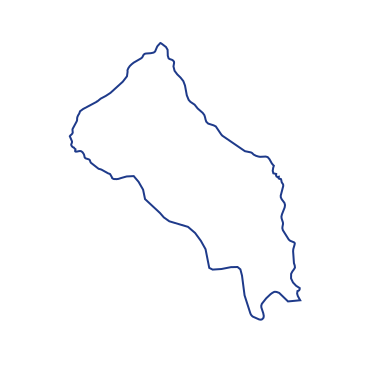 outline of Lusaka, rotated 242°
{"feature_id": "ZMB-520", "entity_name": "Lusaka", "entity_type": "Province", "adm_level": 1, "iso_a3": "ZMB", "parent_name": "Zambia", "parent_adm1": "", "projection": "natural_earth1", "projection_center": [29.259, -15.303], "detail": "fine", "context": "isolated", "style": "outline", "palette": "blue", "viewbox_px": 384, "rotation_deg": 242, "n_neighbors": 0, "source": "natural_earth", "source_scale": "10m", "svg_char_len": 2952}
<svg xmlns="http://www.w3.org/2000/svg" viewBox="0 0 384 384"><g transform="rotate(242 192 192)"><path d="M294.0,236.4L289.3,235.8L279.8,232.8L274.9,232.3L272.4,232.9L267.9,235.3L263.1,236.2L256.8,238.6L254.1,239.0L251.9,238.6L249.7,238.0L247.4,237.6L244.8,238.4L240.7,242.4L238.7,243.8L229.2,244.8L227.5,245.2L203.2,257.9L199.3,262.6L198.3,263.3L196.1,264.0L193.9,265.5L192.2,267.2L191.1,268.6L188.7,273.7L187.3,275.2L184.7,275.8L179.7,275.9L177.3,276.4L176.8,276.6L175.2,275.0L172.8,273.2L170.3,272.6L168.4,274.8L167.2,274.0L166.0,273.9L165.1,274.5L164.7,275.8L163.4,274.9L162.6,275.3L162.2,276.1L161.6,276.6L160.6,276.4L158.9,275.9L158.2,275.8L156.2,276.0L155.6,275.9L154.5,275.4L147.1,268.6L145.6,267.9L143.4,267.8L139.0,268.5L136.8,268.0L134.9,266.6L130.1,261.0L128.3,259.4L126.6,258.7L122.5,258.0L121.1,257.4L119.0,255.7L117.7,254.8L115.6,254.3L104.6,255.1L102.8,255.8L99.6,258.5L98.5,258.7L97.4,257.9L94.0,254.6L92.1,253.4L81.3,248.6L78.9,248.2L76.9,247.4L75.8,245.6L74.7,243.3L73.2,241.1L69.2,238.9L64.7,238.7L60.3,239.9L56.6,242.0L55.6,241.4L55.0,240.6L54.8,239.7L55.0,238.6L52.9,237.1L50.4,236.6L45.6,236.7L50.3,225.4L62.0,221.6L64.0,219.8L65.0,218.3L65.2,217.6L65.2,216.9L65.2,215.6L64.9,213.4L63.3,207.6L60.5,201.2L59.0,199.7L57.4,199.0L51.5,198.0L48.9,197.2L47.4,196.1L46.7,194.3L46.9,192.9L47.9,191.5L53.4,187.2L54.4,186.8L55.8,186.5L57.2,186.5L76.1,189.9L94.7,196.9L101.0,198.4L104.4,197.0L107.4,191.0L110.2,181.8L113.8,173.8L116.9,171.6L135.1,177.1L144.7,176.9L154.4,175.5L163.1,172.1L176.8,158.2L182.8,155.2L188.4,153.9L207.8,147.2L217.0,149.9L226.1,149.6L233.4,148.0L236.4,141.6L237.6,136.1L238.1,133.3L238.7,131.6L240.2,129.0L241.2,128.3L242.0,128.0L242.6,128.2L246.2,128.1L246.8,127.7L247.7,126.8L254.2,122.6L255.1,121.8L255.9,120.9L256.4,120.4L265.2,116.5L265.8,116.4L268.2,116.7L268.8,116.5L269.4,116.1L271.5,114.0L272.3,113.6L273.0,113.5L274.8,114.0L275.7,114.2L276.8,114.2L278.5,114.0L279.4,113.6L280.1,113.2L280.5,112.7L280.8,112.2L281.1,111.5L281.8,109.1L282.4,108.1L283.0,108.0L283.4,108.3L283.8,108.8L284.5,109.2L285.5,108.7L286.6,108.6L287.6,107.8L288.4,107.5L289.1,107.4L289.8,107.4L290.4,107.5L290.9,107.9L292.0,109.2L293.0,109.8L298.6,110.3L299.0,111.1L299.4,112.8L299.8,113.8L300.5,114.6L303.1,115.7L303.6,116.1L304.0,116.6L308.4,123.2L309.0,123.9L309.6,124.4L311.2,125.3L312.1,126.1L313.2,127.5L314.1,129.1L315.3,130.5L315.8,130.9L316.4,134.8L316.4,150.2L316.6,150.4L316.6,150.5L316.5,151.3L317.3,155.2L317.3,160.9L317.8,166.5L321.9,182.7L324.7,188.9L328.3,191.5L329.8,192.2L331.2,193.9L332.4,196.2L333.1,198.6L333.6,201.3L333.9,209.7L334.2,211.2L335.9,213.7L336.2,215.0L335.9,216.3L333.9,220.8L333.1,223.6L333.4,225.4L336.5,229.2L337.1,230.2L338.4,234.0L338.1,234.3L336.6,235.1L332.2,237.1L329.0,237.2L325.5,235.5L323.7,234.6L321.0,234.1L320.0,234.6L318.3,236.2L317.5,236.8L315.7,237.3L314.4,236.8L311.6,234.6L307.2,233.5L302.8,234.2L298.4,235.6L294.0,236.4Z" fill="none" stroke="#1e3a8a" stroke-width="2"/></g></svg>